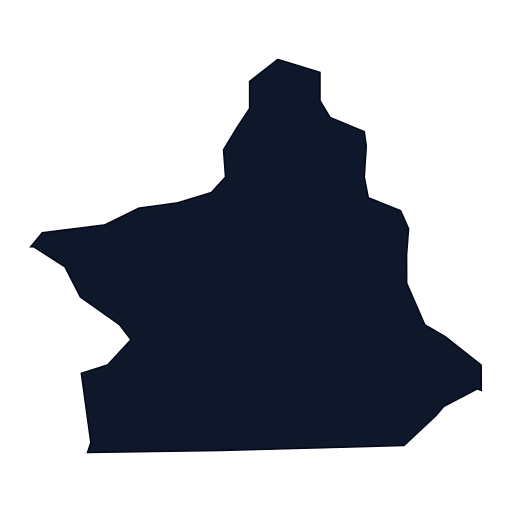 outline of Lerum, Västra Götaland, Sweden
{"feature_id": "70781695B46333437136536", "entity_name": "Lerum", "entity_type": "district", "adm_level": 2, "iso_a3": "SWE", "parent_name": "Sweden", "parent_adm1": "Västra Götaland", "projection": "equal_earth", "projection_center": [12.359, 57.865], "detail": "fine", "context": "isolated", "style": "filled", "palette": "ink", "viewbox_px": 512, "rotation_deg": 0, "n_neighbors": 0, "source": "geoboundaries", "source_scale": "gbopen_adm2", "svg_char_len": 658}
<svg xmlns="http://www.w3.org/2000/svg" viewBox="0 0 512 512"><path d="M87.5,452.5L220.6,450.5L403.9,445.5L404.0,445.5L435.7,415.8L443.7,406.5L477.2,388.9L481.3,390.4L481.2,365.1L445.0,336.5L424.8,324.8L406.7,283.2L406.6,254.7L408.6,228.8L400.6,210.7L368.3,197.7L364.3,177.0L366.3,146.0L364.3,131.7L330.1,117.5L320.0,100.7L320.0,72.4L282.3,60.8L277.8,59.5L277.0,60.0L249.6,81.4L249.6,108.5L237.6,126.6L223.5,149.8L225.5,177.0L211.4,192.5L177.2,202.9L138.9,208.1L104.7,224.9L42.3,232.7L30.7,246.8L33.7,246.8L64.9,266.8L80.4,297.0L119.4,324.6L131.0,339.7L107.6,364.9L81.3,373.3L90.8,442.6L87.5,452.5Z" fill="#0f172a" stroke="#020617" stroke-width="1.5"/></svg>